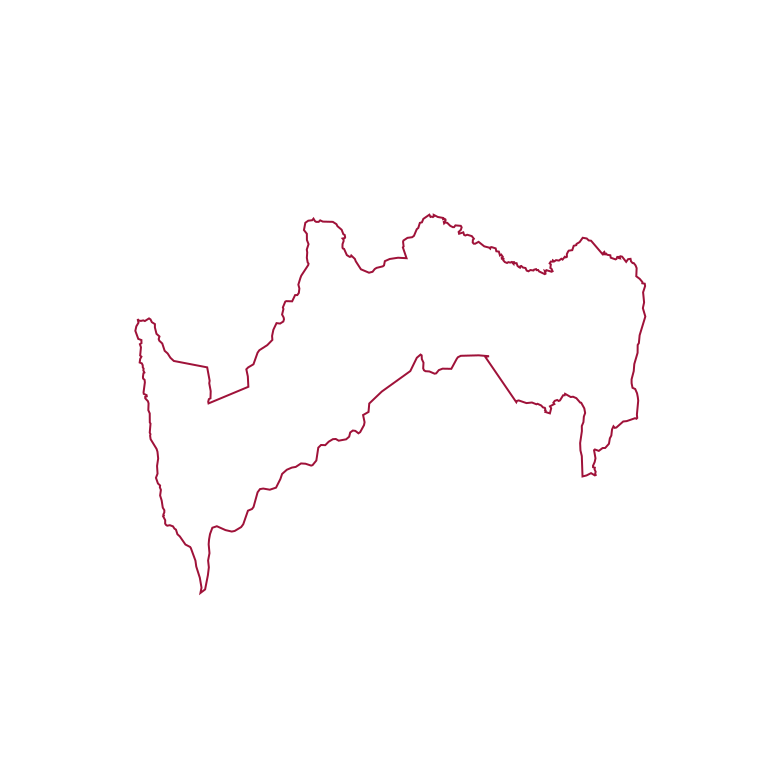 outline of Diamantino, Mato Grosso, Brazil, rotated 323°
{"feature_id": "56859067B68124808583770", "entity_name": "Diamantino", "entity_type": "district", "adm_level": 2, "iso_a3": "BRA", "parent_name": "Brazil", "parent_adm1": "Mato Grosso", "projection": "natural_earth1", "projection_center": [-56.801, -14.136], "detail": "fine", "context": "isolated", "style": "outline", "palette": "rose", "viewbox_px": 768, "rotation_deg": 323, "n_neighbors": 0, "source": "geoboundaries", "source_scale": "gbopen_adm2", "svg_char_len": 6166}
<svg xmlns="http://www.w3.org/2000/svg" viewBox="0 0 768 768"><g transform="rotate(323 384 384)"><path d="M501.7,575.1L505.3,573.1L508.2,570.6L511.9,563.3L513.0,563.2L515.3,566.7L520.0,566.7L522.2,568.2L527.7,567.1L531.7,563.3L534.5,562.0L538.8,557.5L541.8,555.9L541.9,557.9L543.4,558.6L552.5,557.9L555.5,559.7L563.9,562.4L564.7,563.7L565.8,563.5L567.5,560.7L577.0,550.3L578.8,547.2L580.5,543.7L581.6,539.2L580.2,536.6L582.2,532.4L584.5,529.3L591.2,524.0L595.9,518.7L605.3,511.7L610.1,505.5L612.2,504.7L617.5,498.9L633.3,487.4L636.4,479.2L640.8,475.4L646.1,466.7L651.5,462.9L652.6,460.8L650.9,459.0L651.7,458.1L651.5,453.9L650.3,449.8L655.5,443.5L656.3,440.6L656.2,437.7L655.3,437.0L655.1,434.7L656.2,432.4L654.1,431.2L650.9,432.2L650.8,425.6L649.6,424.2L648.5,424.6L648.1,425.7L647.3,424.7L647.7,423.6L646.8,422.9L644.9,424.0L643.9,423.8L641.1,419.6L642.2,417.4L640.0,415.1L639.9,413.7L638.8,413.6L639.4,411.1L638.4,411.2L637.6,412.6L636.7,412.3L635.6,394.2L633.9,392.5L633.5,389.8L630.7,386.8L625.6,388.4L622.1,388.0L621.1,388.8L618.7,387.8L614.9,390.4L611.8,388.7L610.5,389.1L608.2,390.3L606.6,392.5L605.4,392.3L605.0,391.2L601.5,392.1L601.0,390.7L598.0,390.7L595.9,388.6L593.9,388.6L593.3,387.0L592.5,387.9L590.9,386.6L588.9,387.3L589.2,388.9L586.7,391.4L587.1,392.8L586.5,395.4L585.4,395.2L582.2,390.8L580.8,391.5L580.4,390.5L579.4,393.1L578.5,393.0L575.6,387.4L575.7,385.7L574.5,385.0L574.6,383.8L572.6,383.0L571.7,383.3L569.5,381.1L567.2,380.9L566.2,379.3L566.8,376.5L565.0,374.5L564.7,372.4L563.8,372.0L562.6,372.9L562.1,371.8L561.7,370.1L562.6,367.3L561.2,366.4L561.3,365.0L560.6,364.5L559.7,365.8L559.4,363.4L557.9,363.0L556.6,361.5L555.1,361.4L553.9,359.4L553.7,357.0L554.7,356.0L553.5,354.9L554.0,354.0L555.4,354.0L555.5,351.2L554.0,351.1L555.4,347.4L553.6,345.6L554.8,342.9L552.3,339.4L551.4,339.0L550.3,339.8L550.0,338.3L546.9,334.4L545.1,327.4L541.2,326.8L540.1,325.9L540.0,324.4L541.7,322.4L543.2,322.1L543.1,318.7L540.3,314.9L538.3,314.3L537.7,313.1L538.6,310.6L534.4,309.2L535.1,307.5L538.2,307.1L540.3,305.6L540.5,303.9L536.5,300.3L534.4,300.9L533.4,300.2L532.1,297.6L531.5,293.4L530.0,291.7L528.7,291.9L529.3,290.5L531.5,290.5L532.1,289.6L531.7,288.4L530.4,287.9L531.1,286.9L527.5,283.0L525.5,278.9L524.7,280.1L523.5,280.1L523.0,279.1L521.7,278.6L522.1,276.1L514.8,275.8L511.6,277.7L509.6,276.9L505.3,280.0L503.3,280.1L497.1,283.7L494.8,283.7L490.7,281.4L485.9,281.1L484.8,281.9L482.4,286.0L481.3,286.2L477.7,297.1L471.2,291.6L463.8,287.6L458.6,286.4L455.4,289.3L453.8,289.3L448.0,286.8L445.8,286.6L442.4,287.5L439.0,286.1L434.6,278.5L435.3,269.0L436.0,266.6L435.2,261.7L434.1,262.3L433.1,261.8L431.9,258.7L433.4,252.1L432.7,250.9L433.1,249.8L435.1,247.3L437.7,245.6L438.6,244.4L438.5,242.9L440.5,243.8L441.3,243.4L442.3,241.3L441.7,239.9L443.0,235.3L441.8,230.0L442.2,227.7L440.7,223.7L432.9,217.5L431.5,214.9L429.4,215.2L427.4,213.7L426.9,212.3L427.2,209.5L425.2,210.0L421.8,208.0L418.2,207.9L412.7,212.9L412.8,217.6L409.1,222.6L407.9,226.9L403.2,230.2L401.9,232.7L398.3,236.8L396.2,241.0L396.2,242.4L395.1,243.4L383.1,247.7L380.9,249.1L375.4,253.1L373.9,256.8L370.8,260.0L368.3,260.8L366.5,259.5L360.4,262.7L355.8,259.0L354.7,258.8L349.3,262.0L348.8,263.6L344.4,267.2L343.9,270.4L343.1,272.1L341.2,273.5L337.4,273.2L334.8,270.7L328.3,274.1L323.5,278.3L321.4,281.6L314.2,282.7L304.8,282.0L301.9,282.9L291.6,289.7L285.5,289.0L282.9,289.4L279.8,296.0L274.0,304.6L232.2,293.9L232.9,292.4L235.0,290.7L236.8,291.0L241.3,285.4L244.9,278.2L246.7,276.5L252.8,264.3L230.0,239.1L229.2,234.5L229.6,229.4L228.8,225.5L231.3,218.2L230.6,214.2L231.1,212.5L233.3,210.9L232.5,207.0L235.1,200.9L237.1,198.3L235.8,194.9L236.4,191.9L235.8,190.2L230.9,189.8L230.0,188.3L227.8,187.3L226.3,185.6L226.3,183.9L224.8,187.3L220.9,188.9L217.4,191.9L214.9,200.1L216.7,202.9L214.9,205.4L213.0,205.3L212.0,208.4L206.4,214.5L206.7,216.2L204.4,217.2L201.8,219.8L203.0,221.8L202.6,223.8L201.3,225.7L201.3,227.0L200.0,228.3L199.5,230.7L198.4,230.6L195.7,233.3L194.9,234.7L195.3,236.6L194.0,238.8L186.9,246.0L186.2,247.3L187.7,250.0L187.1,251.1L185.5,250.6L184.7,251.8L185.1,255.7L184.3,257.8L180.0,263.1L179.2,266.5L173.8,273.8L173.7,275.1L167.6,281.9L167.3,283.5L166.1,284.5L164.4,287.6L163.3,299.0L162.3,301.8L158.8,307.6L153.4,312.9L149.2,319.3L145.4,321.7L143.6,327.4L144.1,330.3L142.8,331.6L142.1,334.3L138.1,338.3L136.3,343.3L132.9,349.6L132.6,352.6L131.3,354.3L129.3,355.4L129.0,356.6L128.0,356.6L127.3,361.1L125.2,363.8L125.1,365.3L125.6,366.7L128.0,367.9L129.8,370.7L129.6,373.4L130.2,375.1L128.6,379.7L129.2,382.8L128.8,392.7L131.1,397.5L131.0,398.8L127.1,411.6L124.2,416.8L120.3,427.9L115.7,436.8L111.7,440.4L117.5,440.4L128.3,430.7L133.8,425.0L137.3,419.1L142.8,414.1L147.5,406.5L150.8,402.8L154.8,399.1L160.4,395.5L164.9,397.0L169.5,405.3L173.6,410.2L176.3,411.5L183.8,412.3L187.2,411.3L199.1,403.3L203.4,404.4L205.8,403.7L217.9,394.4L221.7,393.3L224.6,394.8L229.2,399.7L235.4,401.8L244.1,397.5L248.5,394.5L254.8,394.0L260.1,395.3L263.6,397.1L269.9,397.5L273.3,400.4L276.7,405.3L278.1,405.8L283.9,404.4L293.2,395.3L297.0,394.8L300.3,397.5L305.1,396.8L310.0,397.3L312.4,398.9L313.7,402.0L320.5,405.4L324.5,405.1L327.8,402.4L331.1,402.4L332.9,404.2L333.9,408.0L336.0,408.1L343.3,404.8L345.5,402.8L348.6,396.2L354.8,397.0L360.5,390.7L377.7,388.7L412.8,389.5L426.0,382.8L430.9,382.5L431.3,383.8L429.2,386.9L428.4,390.7L424.7,395.1L424.2,397.1L424.8,398.7L427.8,401.3L430.6,406.2L432.1,406.9L436.1,405.9L440.0,407.0L446.9,412.4L457.2,407.7L459.1,407.1L462.3,407.7L476.9,418.1L484.6,425.0L481.2,423.4L478.7,478.2L480.0,477.5L481.7,478.2L486.3,485.0L491.0,487.8L493.5,491.9L494.7,492.2L496.6,495.7L496.9,498.4L498.1,499.8L497.7,501.2L496.8,501.8L497.0,502.8L496.0,503.4L498.8,507.3L502.9,504.0L503.1,501.7L508.0,502.5L508.0,500.9L510.2,500.2L512.7,501.0L513.3,502.7L514.7,503.0L520.3,500.8L521.5,501.7L522.7,500.8L525.3,506.8L527.3,507.9L529.1,511.1L529.5,516.9L530.2,517.7L529.3,524.0L527.2,528.2L524.0,530.3L520.3,534.5L516.7,536.6L513.7,540.7L505.1,549.2L500.9,555.3L498.6,560.6L486.9,577.3L490.7,578.9L495.7,579.8L497.4,583.9L498.3,584.1L498.7,582.7L500.2,581.5L500.8,578.8L502.0,577.7L500.9,576.3L501.7,575.1Z" fill="none" stroke="#9f1239" stroke-width="2"/></g></svg>